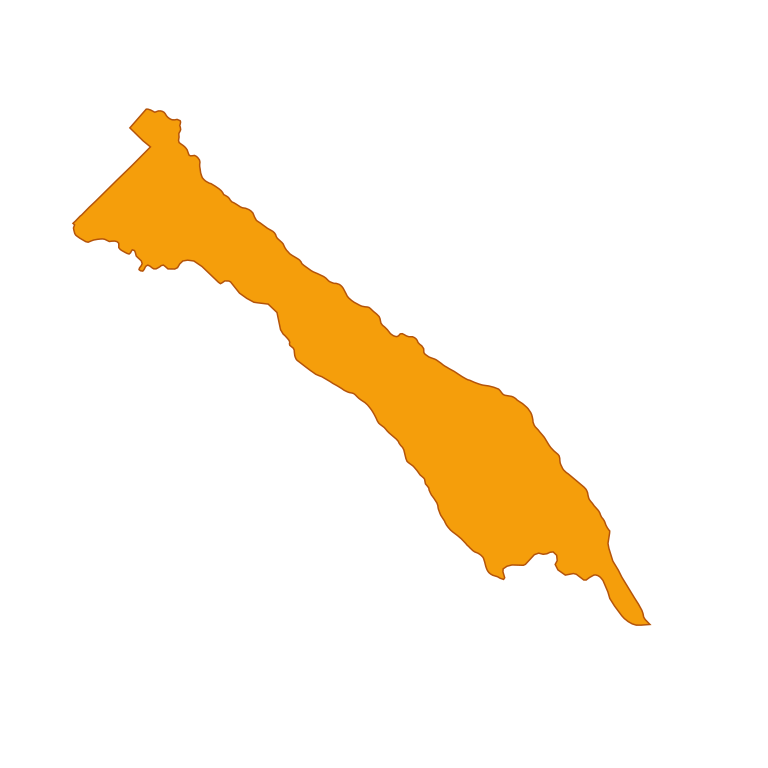 outline of Cuyotenango, Suchitepéquez, Guatemala, rotated 127°
{"feature_id": "79465075B79840770909304", "entity_name": "Cuyotenango", "entity_type": "district", "adm_level": 2, "iso_a3": "GTM", "parent_name": "Guatemala", "parent_adm1": "Suchitepéquez", "projection": "robinson", "projection_center": [-91.565, 14.495], "detail": "fine", "context": "isolated", "style": "filled", "palette": "amber", "viewbox_px": 768, "rotation_deg": 127, "n_neighbors": 0, "source": "geoboundaries", "source_scale": "gbopen_adm2", "svg_char_len": 6148}
<svg xmlns="http://www.w3.org/2000/svg" viewBox="0 0 768 768"><g transform="rotate(127 384 384)"><path d="M469.2,174.2L468.1,170.9L466.1,171.0L462.4,176.0L459.9,177.6L455.5,176.1L451.5,172.9L444.9,163.6L442.9,162.5L429.8,161.2L426.0,158.7L424.2,154.4L421.5,151.7L418.4,150.1L416.3,147.8L416.9,143.0L420.8,139.4L425.1,138.7L427.8,133.2L427.5,124.2L421.4,118.7L420.2,115.9L420.3,106.5L418.9,104.6L414.8,103.4L410.3,101.4L409.1,100.0L408.3,97.9L408.1,95.6L408.4,93.7L409.1,90.9L415.3,80.1L419.4,74.6L422.6,66.2L426.0,54.6L426.7,50.9L426.8,45.9L426.2,41.4L424.8,37.5L421.8,33.5L416.0,26.9L414.9,33.7L413.9,36.3L411.4,39.1L409.6,41.8L406.7,48.2L404.1,55.2L395.1,77.9L391.7,84.7L387.7,94.7L379.9,105.5L376.5,109.2L367.3,114.1L365.5,115.3L365.2,116.8L364.4,119.2L363.2,121.8L361.4,124.5L360.6,126.0L359.9,128.0L359.5,129.9L358.4,132.1L357.2,133.9L356.3,135.9L355.9,137.3L355.3,140.3L354.8,143.0L353.9,145.7L353.4,148.0L352.8,150.1L352.1,151.6L350.1,154.1L348.3,156.0L347.1,158.0L346.5,159.4L346.0,162.1L345.9,163.7L345.1,178.6L345.0,180.9L344.9,182.8L345.0,185.2L344.8,186.9L344.6,188.6L344.0,190.5L341.9,194.5L341.0,195.8L339.4,197.4L337.5,199.0L336.0,200.9L335.5,202.7L335.2,207.7L334.9,209.6L334.4,212.5L333.7,214.8L333.0,216.7L331.3,220.9L330.6,222.6L330.0,224.3L329.6,226.0L328.5,231.0L327.9,233.1L327.5,235.5L327.2,237.5L326.4,239.5L324.7,242.1L323.0,243.6L321.1,245.7L319.7,247.5L318.5,249.6L317.0,254.1L316.7,255.9L316.4,259.8L316.3,261.6L316.6,265.8L316.7,267.9L316.4,270.1L316.6,272.8L317.1,274.6L320.4,281.0L320.6,283.0L320.1,285.1L319.5,287.0L319.1,289.4L320.5,294.3L322.5,299.1L325.2,304.0L325.9,305.5L327.0,308.6L328.3,312.9L329.4,317.7L330.2,319.7L330.6,322.0L331.1,325.9L331.4,330.6L331.7,335.6L332.5,341.0L332.8,344.0L333.1,346.1L333.2,348.3L333.1,350.6L333.2,355.3L333.3,357.0L333.6,358.5L334.8,362.3L335.4,364.6L335.5,369.1L334.9,371.1L333.3,372.4L331.9,373.6L330.8,376.8L330.8,379.3L330.4,381.7L329.2,383.8L328.7,385.3L328.6,387.4L329.1,389.7L331.3,392.6L332.1,395.1L332.4,397.5L332.8,399.7L334.2,401.2L336.8,401.4L338.4,402.2L339.2,403.7L339.8,405.6L339.9,407.5L339.9,409.2L338.6,414.1L338.3,416.2L338.1,417.8L338.0,420.6L337.2,423.1L334.1,426.7L333.1,428.5L332.6,431.6L332.5,433.3L332.4,436.1L331.9,440.3L331.9,442.1L332.5,443.6L333.7,445.5L335.2,448.5L335.8,451.1L336.1,453.2L336.7,456.9L336.8,460.1L336.5,464.0L335.9,466.4L334.8,468.5L332.1,474.2L331.5,476.3L331.3,478.2L331.4,479.8L332.4,482.7L333.7,484.5L334.3,486.4L334.9,488.7L335.0,490.4L334.4,494.2L334.5,496.9L335.9,503.7L336.4,505.6L337.0,508.0L337.3,510.5L337.5,519.5L337.3,522.1L336.4,523.7L335.9,525.7L335.8,527.2L336.0,529.4L336.6,534.8L336.7,537.7L336.1,540.6L335.8,542.4L334.7,545.4L332.8,548.9L332.4,550.8L332.0,555.3L331.8,557.0L331.1,558.8L329.9,560.5L329.2,562.5L329.0,564.7L329.8,570.8L329.9,579.9L330.1,582.5L330.1,584.4L328.6,587.8L327.4,589.8L326.3,591.7L325.9,594.3L326.0,596.7L326.9,600.2L328.5,603.2L329.0,605.4L329.3,610.1L329.6,612.8L330.1,615.1L329.6,617.6L328.9,619.3L328.6,621.4L328.8,623.5L329.2,626.0L328.2,628.1L327.6,630.3L327.4,633.1L327.6,637.9L328.1,642.8L328.7,644.2L329.1,646.8L329.3,648.6L329.1,650.9L328.6,653.2L327.5,655.0L325.8,657.4L324.7,658.5L323.0,660.2L321.3,662.0L319.8,663.2L317.6,664.5L316.2,666.1L315.4,668.5L315.1,670.6L315.5,672.9L317.1,674.5L318.3,675.9L318.5,677.4L317.5,679.1L315.5,682.1L314.9,683.9L314.5,685.9L314.4,688.0L314.5,690.4L314.5,692.9L313.1,694.7L310.1,696.3L309.0,697.3L307.4,698.6L304.4,699.1L303.2,699.5L301.5,701.2L300.5,702.7L299.0,703.2L297.2,704.1L296.4,705.3L297.2,708.5L299.0,710.1L300.3,711.9L300.8,713.2L301.1,715.0L301.1,717.2L300.7,719.2L299.9,721.1L299.4,723.0L299.6,724.9L300.3,726.7L301.8,728.6L304.9,730.6L305.6,735.2L306.6,738.0L307.6,739.3L332.4,741.1L334.8,722.8L335.2,713.2L361.6,716.8L382.6,720.1L412.0,724.4L420.2,725.8L431.0,727.2L432.8,727.7L439.6,728.5L442.9,729.1L443.1,726.9L446.3,725.9L448.0,724.0L449.9,721.6L450.6,719.9L450.7,718.3L450.6,714.6L449.8,707.8L448.8,705.6L445.7,703.8L443.7,702.5L440.8,699.8L438.5,697.3L437.4,695.9L436.5,694.1L435.5,689.1L433.8,687.4L432.0,685.2L431.0,683.0L431.2,680.6L432.8,679.3L434.7,677.9L435.3,675.6L435.2,673.7L434.7,669.9L434.3,667.7L433.6,665.8L431.7,665.4L430.1,665.7L428.3,665.8L427.6,663.6L428.6,661.8L430.9,658.9L431.2,656.8L431.7,652.0L433.4,649.6L435.5,649.1L438.5,649.1L440.1,648.5L440.1,646.6L439.0,644.6L437.5,644.5L436.1,644.6L434.6,645.0L433.0,645.0L431.2,644.2L430.7,641.8L430.8,639.1L430.6,637.2L429.3,635.4L427.5,634.5L425.3,633.6L423.6,633.2L421.8,631.8L421.8,629.4L422.1,625.8L418.1,620.3L415.4,618.9L411.0,619.4L406.8,618.7L403.3,615.4L400.2,609.9L399.7,600.0L402.4,577.4L402.3,575.0L400.4,574.1L397.5,573.2L395.2,570.0L394.8,568.0L398.4,554.1L398.2,545.1L397.0,537.1L395.2,533.8L389.9,524.6L391.3,512.5L402.9,499.3L404.8,494.6L405.0,492.2L405.5,489.5L405.9,487.7L406.4,485.9L407.4,484.4L408.8,483.7L409.8,482.5L409.9,480.1L410.0,478.0L410.9,476.2L412.6,474.7L415.0,472.4L416.0,471.0L417.0,469.2L417.4,467.6L417.4,465.5L417.5,457.0L417.5,451.3L417.3,444.4L416.4,440.7L415.6,438.1L414.5,428.6L414.3,425.2L413.7,421.1L413.5,419.5L413.1,415.1L413.0,412.1L412.3,408.5L411.7,406.6L410.4,404.0L409.9,402.5L409.9,400.5L410.3,398.0L410.6,395.4L410.6,392.8L410.3,388.0L410.6,384.6L411.3,381.7L412.2,378.5L413.0,376.3L414.1,373.7L415.3,371.2L416.2,369.4L417.4,367.3L418.4,364.8L418.6,362.8L418.6,357.7L419.1,355.2L419.6,353.2L420.0,350.6L420.6,341.0L421.2,338.1L422.2,336.3L423.0,333.8L423.5,331.0L424.7,328.5L430.3,321.7L431.9,319.1L432.1,317.2L432.0,311.8L432.3,309.8L432.8,307.7L433.2,305.8L434.9,300.4L435.0,298.2L435.2,295.6L435.7,294.2L437.2,292.6L438.8,290.8L439.4,288.1L440.1,285.7L441.6,284.1L443.1,281.4L444.1,279.3L445.2,275.5L447.1,270.3L448.7,267.8L449.7,266.9L451.1,265.4L453.7,261.4L454.7,259.6L457.0,253.2L457.8,251.9L459.0,249.3L459.8,246.7L460.6,243.0L460.8,240.0L460.8,234.5L461.1,229.2L462.1,223.0L462.7,220.6L462.8,218.8L463.2,216.4L463.6,212.8L463.5,210.5L462.6,207.3L462.4,205.2L462.4,203.5L462.8,200.8L463.4,199.5L465.7,196.3L468.3,193.1L469.4,191.5L470.4,189.8L471.0,188.4L471.5,186.7L471.6,184.5L471.3,182.1L470.7,180.4L469.6,177.4L469.2,174.2Z" fill="#f59e0b" stroke="#b45309" stroke-width="1.5"/></g></svg>